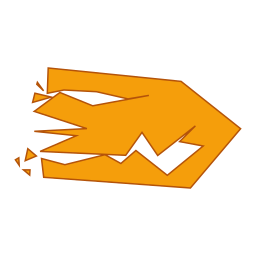 the border of Sogn og Fjordane
{"feature_id": "NOR-915", "entity_name": "Sogn og Fjordane", "entity_type": "County", "adm_level": 1, "iso_a3": "NOR", "parent_name": "Norway", "parent_adm1": "", "projection": "robinson", "projection_center": [5.843, 61.458], "detail": "coarse", "context": "isolated", "style": "filled", "palette": "amber", "viewbox_px": 256, "rotation_deg": 0, "n_neighbors": 0, "source": "natural_earth", "source_scale": "10m", "svg_char_len": 688}
<svg xmlns="http://www.w3.org/2000/svg" viewBox="0 0 256 256"><path d="M43.7,177.3L41.5,158.5L64.9,164.7L105.0,154.7L120.9,163.5L135.9,150.5L167.3,175.3L203.2,146.0L179.6,141.6L195.4,125.9L157.7,155.5L142.0,132.4L125.7,155.3L40.1,151.4L76.4,135.7L34.3,131.3L86.9,128.6L34.2,111.4L59.9,92.5L92.7,105.8L148.9,95.4L128.0,98.9L96.5,91.7L63.9,90.0L47.3,93.3L48.2,68.0L181.1,81.4L240.6,128.7L190.4,188.0L43.7,177.3ZM32.6,102.4L34.9,93.2L51.3,97.1L32.6,102.4ZM27.8,148.7L36.4,156.0L25.2,160.7L27.8,148.7ZM37.4,82.3L43.6,90.8L36.8,84.3L37.4,82.3ZM18.8,157.8L19.2,165.3L15.4,159.8L18.8,157.8ZM30.0,169.9L29.7,175.1L23.5,169.9L30.0,169.9Z" fill="#f59e0b" stroke="#b45309" stroke-width="1.5"/></svg>